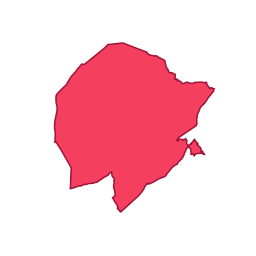 Amanalco, México, Mexico (Equal Earth projection), rotated 216°
{"feature_id": "50627088B28397416808425", "entity_name": "Amanalco", "entity_type": "district", "adm_level": 2, "iso_a3": "MEX", "parent_name": "Mexico", "parent_adm1": "México", "projection": "equal_earth", "projection_center": [-100.016, 19.256], "detail": "fine", "context": "isolated", "style": "filled", "palette": "rose", "viewbox_px": 256, "rotation_deg": 216, "n_neighbors": 0, "source": "geoboundaries", "source_scale": "gbopen_adm2", "svg_char_len": 5375}
<svg xmlns="http://www.w3.org/2000/svg" viewBox="0 0 256 256"><g transform="rotate(216 128 128)"><path d="M189.7,88.1L188.5,86.3L187.5,85.0L186.5,83.7L185.8,83.3L184.3,81.6L183.0,80.0L178.8,73.5L178.0,74.4L174.5,73.0L171.0,71.6L169.5,71.0L166.5,69.7L166.1,69.5L165.2,69.1L160.2,66.8L159.2,66.4L158.4,66.0L156.3,65.1L152.8,63.5L151.8,63.0L150.4,62.3L150.3,62.1L150.2,62.0L150.2,61.8L149.6,61.2L148.7,59.7L147.5,57.8L147.1,57.1L146.8,56.8L145.1,54.2L143.4,51.7L143.2,51.4L141.4,48.7L139.8,46.2L139.0,45.0L137.4,46.9L135.9,49.0L134.4,51.1L133.9,52.0L133.3,52.6L132.5,52.9L131.5,54.4L130.9,55.5L130.8,56.0L130.1,56.7L129.3,57.1L129.2,57.2L128.7,57.9L127.9,58.8L126.8,60.3L126.1,60.8L124.8,62.0L123.9,62.5L123.1,63.6L122.8,64.3L122.5,64.8L121.8,65.4L121.2,66.1L120.8,66.7L120.8,67.1L120.0,69.9L119.5,70.6L118.6,73.5L116.5,77.9L116.4,78.2L116.3,80.4L115.9,82.2L115.4,82.7L115.0,82.2L114.6,81.8L114.3,81.4L114.1,81.2L113.9,81.1L113.6,80.8L113.4,80.6L113.1,80.3L112.9,80.1L112.3,79.7L111.7,79.4L111.4,79.3L111.2,79.3L110.7,79.3L110.3,79.3L110.1,79.3L109.5,79.0L109.4,78.8L109.2,78.4L108.8,78.2L108.6,78.0L108.5,77.7L108.4,77.0L108.2,76.7L107.5,75.9L106.9,75.5L106.2,73.8L105.3,72.4L104.4,71.1L104.2,71.0L103.9,71.1L102.8,70.2L100.0,67.3L98.6,65.9L99.5,62.5L94.5,60.3L94.4,60.4L93.8,60.1L89.9,58.4L89.9,57.9L89.9,57.7L89.7,57.3L89.2,56.7L88.6,56.9L88.2,56.6L87.9,56.3L87.6,56.2L87.0,56.3L86.7,56.3L86.4,56.4L86.3,56.2L86.1,56.2L85.9,56.1L85.7,56.0L85.6,55.8L85.3,55.8L85.0,55.7L84.9,56.2L84.7,56.3L84.4,56.3L80.7,74.4L80.3,76.4L79.9,78.0L79.7,78.9L79.6,79.8L79.6,80.6L79.5,81.2L79.4,82.6L79.3,83.6L79.3,86.0L79.4,88.0L79.5,88.6L79.6,89.1L79.7,89.4L79.9,89.7L79.9,90.1L79.9,90.4L79.9,90.7L79.9,91.0L79.8,91.4L79.9,91.8L80.0,92.7L80.1,94.2L79.1,94.1L78.9,95.3L78.1,95.1L77.5,96.0L75.9,98.8L75.3,100.2L73.1,105.2L72.2,106.4L71.9,107.1L71.8,107.4L71.7,107.7L71.7,107.8L71.1,108.1L69.6,110.5L69.5,111.2L69.5,111.7L69.4,112.3L69.4,112.9L69.5,113.3L69.6,114.3L69.6,114.9L69.4,116.4L69.3,117.8L69.2,119.2L69.2,120.6L69.1,121.7L68.9,122.4L68.8,122.9L68.7,123.7L68.5,124.5L68.3,125.1L67.8,125.9L67.3,127.1L67.0,127.6L66.8,127.8L66.8,128.0L67.0,128.4L67.2,128.8L67.4,129.2L67.3,129.9L67.3,130.1L67.1,130.7L66.3,135.5L66.6,136.9L66.8,138.1L66.8,138.3L66.9,139.1L67.4,140.4L67.5,141.0L67.8,143.2L68.2,144.1L68.6,144.8L68.5,145.9L68.4,147.0L68.3,147.8L68.5,148.1L68.6,148.3L67.8,148.4L66.3,148.0L65.5,148.0L64.5,147.5L63.6,146.4L63.1,145.9L62.5,145.1L61.7,143.8L61.5,143.7L61.4,143.8L59.9,145.5L59.2,145.4L58.8,144.5L58.0,144.6L58.4,145.7L58.1,145.9L57.8,147.0L57.6,147.4L56.6,148.4L55.7,149.1L54.2,150.5L52.9,151.0L52.1,151.1L51.8,151.1L51.5,151.1L51.2,151.2L51.0,151.3L50.6,151.6L51.1,151.9L51.5,151.7L52.0,151.6L52.3,151.7L52.4,151.8L52.7,152.2L52.8,152.3L52.9,152.5L53.6,152.8L54.1,152.8L54.6,152.8L54.6,152.6L54.7,152.4L54.8,152.2L55.0,151.9L55.1,152.1L55.1,152.4L55.2,152.5L55.6,152.7L55.8,153.1L56.1,153.5L56.3,153.7L57.0,154.1L57.3,154.2L57.5,154.5L58.4,154.8L59.0,155.0L59.1,154.9L60.4,154.8L60.7,155.0L61.2,155.1L61.4,155.3L61.7,155.5L61.9,155.8L62.1,156.1L62.1,156.3L62.3,156.3L62.5,156.0L62.5,155.7L62.6,155.4L62.8,155.6L62.8,155.9L62.8,156.0L62.9,156.3L63.0,156.5L63.6,156.7L63.9,156.6L64.3,156.7L64.5,156.9L64.8,157.0L66.7,157.3L66.9,157.1L66.8,157.4L66.9,157.5L67.2,158.0L67.5,157.9L67.5,157.5L67.7,157.0L67.5,156.7L67.4,156.3L67.2,155.7L67.3,155.6L67.7,156.6L67.5,155.0L67.9,153.0L67.5,152.7L67.4,152.5L67.6,152.5L67.8,152.4L68.0,152.3L68.1,152.1L68.0,151.8L68.1,151.0L68.4,150.1L68.4,149.9L68.9,149.9L69.1,149.5L69.5,149.3L70.3,149.2L72.3,150.7L72.9,152.6L73.7,152.5L74.7,153.1L74.5,152.4L74.7,152.2L75.9,152.1L76.3,151.4L76.1,150.9L76.8,150.6L77.4,150.4L78.3,150.0L79.5,149.5L80.3,149.0L80.2,148.6L80.1,148.3L79.9,147.9L79.8,147.5L79.9,147.0L80.9,146.6L81.3,146.5L81.3,147.4L81.3,148.0L81.7,148.7L81.8,149.1L78.2,158.8L77.5,160.8L75.8,165.5L75.4,166.6L74.2,169.9L74.6,171.6L74.7,172.1L75.4,172.6L78.2,176.4L78.2,177.4L79.7,179.0L80.6,183.8L81.2,185.8L81.5,187.9L80.9,191.2L81.0,191.2L80.6,193.3L80.6,195.4L80.9,199.6L80.6,204.3L80.6,204.8L80.9,205.2L80.6,205.8L80.6,206.2L80.6,206.4L80.5,206.6L80.5,207.0L80.3,207.6L80.5,208.4L80.8,209.0L81.2,209.2L81.3,209.4L81.4,210.3L81.7,210.1L81.9,209.7L82.1,209.9L82.5,209.8L82.8,209.8L83.0,209.6L83.3,209.9L83.7,209.3L84.1,209.4L84.7,209.2L85.2,207.9L86.0,208.4L90.0,209.6L90.3,210.2L90.7,210.5L90.8,210.4L91.0,210.8L91.4,211.0L91.7,210.8L91.8,210.4L92.0,210.4L92.3,209.9L93.5,209.3L95.7,208.2L96.0,207.9L98.3,206.1L100.9,204.0L101.5,203.0L101.8,202.1L104.5,200.5L105.8,200.2L107.2,199.7L107.8,199.1L109.0,197.0L110.2,195.9L113.0,196.5L113.9,196.4L114.1,196.1L115.7,195.1L116.1,195.6L115.9,195.8L116.1,196.4L116.8,196.4L117.5,196.1L118.1,195.3L118.6,195.1L121.3,199.1L125.5,198.4L126.4,197.3L127.7,197.4L128.4,197.6L129.7,198.7L132.0,199.3L134.2,200.9L138.0,204.2L146.0,203.1L147.3,203.2L148.3,202.3L149.8,201.5L152.8,200.0L155.2,199.7L157.3,200.4L174.0,195.9L182.1,193.8L193.3,183.7L193.9,179.2L200.7,153.7L203.0,152.5L203.6,145.4L203.4,143.6L204.2,136.1L203.5,127.6L203.4,125.7L203.8,124.5L204.0,123.1L204.3,121.9L204.4,120.7L204.6,119.7L204.7,118.8L204.8,118.0L205.1,116.2L205.2,115.2L205.4,114.3L205.3,113.9L205.3,113.2L205.3,112.8L205.2,112.2L205.0,111.5L203.6,109.5L202.3,107.8L201.5,106.7L197.9,103.5L196.1,101.2L193.8,96.4L193.0,94.7L192.3,92.9L191.9,92.0L189.7,88.1Z" fill="#f43f5e" stroke="#9f1239" stroke-width="1.5"/></g></svg>